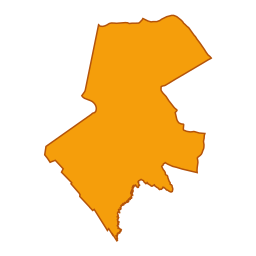 outline of Campana, Buenos Aires, Argentina
{"feature_id": "61730980B71548208163547", "entity_name": "Campana", "entity_type": "district", "adm_level": 2, "iso_a3": "ARG", "parent_name": "Argentina", "parent_adm1": "Buenos Aires", "projection": "equal_earth", "projection_center": [-58.853, -34.162], "detail": "fine", "context": "isolated", "style": "filled", "palette": "amber", "viewbox_px": 256, "rotation_deg": 0, "n_neighbors": 0, "source": "geoboundaries", "source_scale": "gbopen_adm2", "svg_char_len": 5831}
<svg xmlns="http://www.w3.org/2000/svg" viewBox="0 0 256 256"><path d="M142.9,18.5L142.0,20.0L141.7,20.4L141.1,20.9L139.6,22.5L138.8,23.0L138.4,23.1L135.9,23.2L132.2,23.2L129.4,23.5L128.8,23.4L128.1,23.0L127.6,22.8L125.4,22.6L116.5,23.3L114.3,23.1L111.3,23.0L109.3,23.5L106.8,25.0L105.1,25.8L102.8,26.4L100.4,26.2L99.3,25.7L98.9,24.9L98.6,24.7L85.3,90.0L84.9,91.2L84.3,92.2L81.8,95.7L82.4,96.6L83.1,97.3L84.5,98.3L90.9,100.8L92.4,101.6L94.0,103.1L95.1,104.5L95.9,106.2L96.1,107.1L96.3,108.0L96.2,109.6L95.9,111.0L95.6,111.5L94.6,112.6L92.7,113.2L92.1,113.6L91.6,114.2L46.0,146.4L44.7,154.8L47.4,158.2L50.1,162.3L52.0,161.5L55.3,160.3L63.2,168.8L61.5,172.2L71.7,182.7L71.6,183.2L71.0,183.8L79.5,193.6L79.5,193.9L80.0,194.5L80.0,194.8L79.8,196.0L79.8,196.5L88.0,205.3L89.4,206.8L89.7,207.3L92.7,210.5L94.2,209.4L106.7,229.3L107.4,230.5L108.7,228.7L112.5,234.7L112.6,234.3L116.6,240.5L116.7,240.3L116.9,240.3L117.2,240.6L117.4,240.5L117.5,240.1L117.0,239.6L116.8,239.0L117.3,238.7L117.4,238.4L116.9,238.2L117.2,237.7L116.8,236.8L117.2,236.4L117.2,236.1L116.3,236.1L116.0,235.9L116.4,235.3L117.5,235.1L117.8,234.3L117.4,233.6L117.5,233.4L118.4,232.8L119.0,233.2L119.7,232.9L119.8,232.5L119.6,231.9L119.8,231.4L120.0,231.3L120.4,231.7L120.6,231.5L121.0,230.8L120.6,230.1L120.8,229.9L121.1,230.0L121.3,229.8L121.1,229.5L119.1,228.5L118.9,228.1L118.3,228.4L118.1,228.4L118.0,228.1L118.6,227.4L117.9,226.3L117.4,226.0L117.3,225.8L117.6,225.1L117.8,224.7L118.0,224.6L118.5,224.7L118.6,224.0L118.3,223.7L117.9,223.6L117.9,223.4L118.2,223.0L118.0,222.5L118.2,222.4L118.8,222.5L119.0,222.1L118.9,221.7L118.6,221.5L117.7,221.5L117.6,220.5L117.8,219.8L117.4,219.6L117.4,219.4L117.6,219.0L118.1,218.7L118.7,217.5L118.4,217.1L117.5,216.9L117.2,216.8L117.3,216.5L117.5,216.2L118.1,216.1L118.2,215.8L117.9,214.6L117.5,213.8L117.7,212.3L117.9,212.1L118.1,212.0L118.9,212.2L119.6,212.6L119.7,212.2L118.7,211.2L118.8,210.5L118.5,209.7L118.7,209.4L118.9,209.4L119.4,210.0L119.5,210.0L119.9,209.4L120.3,209.5L120.6,209.4L120.9,208.4L120.4,208.2L120.1,207.8L120.3,207.5L120.9,207.2L121.2,206.5L121.2,206.1L121.0,205.6L121.2,205.4L121.9,205.5L122.4,205.3L122.4,205.0L122.2,204.6L122.3,204.5L122.7,204.6L123.2,204.9L123.3,204.9L123.4,204.5L122.9,203.7L123.0,203.5L123.5,203.6L123.7,204.5L123.8,204.6L124.2,203.9L124.1,203.3L124.5,202.9L124.6,203.0L124.9,203.1L124.8,202.8L125.0,202.5L125.6,202.8L126.0,202.7L126.2,202.4L126.4,202.5L127.3,202.3L127.4,202.0L127.2,201.7L126.7,201.4L126.8,201.1L127.3,201.0L127.7,200.6L127.9,200.8L127.9,201.2L128.2,201.4L128.4,201.7L128.6,201.5L128.6,201.3L128.5,200.5L128.8,200.2L128.4,200.0L128.2,199.9L128.2,199.7L128.6,199.1L128.8,199.0L129.0,199.3L129.8,199.5L130.0,199.5L130.2,199.4L130.2,199.1L130.0,198.6L130.0,198.4L130.4,198.7L130.5,198.6L130.6,198.1L131.1,198.3L131.5,198.2L131.7,197.9L131.6,197.1L131.1,197.1L131.0,196.8L131.4,196.5L131.5,195.7L131.6,195.4L132.1,194.9L132.6,195.1L132.6,194.7L132.2,194.2L131.6,194.7L131.4,194.6L131.3,193.8L131.1,193.7L130.8,193.4L131.1,192.9L130.8,192.3L130.8,192.1L131.0,192.0L131.4,192.0L131.6,192.5L131.5,193.2L132.2,193.1L132.4,192.9L132.6,192.4L132.5,192.2L131.9,192.1L131.8,191.9L132.1,191.6L132.9,191.4L133.2,191.0L133.2,190.9L133.0,190.6L132.2,190.9L131.6,190.6L132.2,189.0L132.5,188.9L132.9,189.1L133.0,189.0L133.0,188.3L132.3,187.6L132.4,187.4L133.1,187.5L133.4,187.4L133.3,187.0L132.8,186.3L132.9,186.0L133.2,186.0L133.7,186.4L133.9,186.5L134.0,186.3L133.6,185.8L133.7,185.4L134.0,185.4L134.4,185.9L134.9,185.9L135.1,185.6L135.2,185.2L135.6,185.0L136.5,186.4L137.1,187.1L137.8,187.5L138.2,187.4L138.4,187.3L138.5,185.9L139.5,185.5L139.6,185.3L139.6,185.1L139.2,184.8L138.6,184.0L138.7,182.8L138.6,182.5L138.0,182.1L138.1,181.7L138.8,180.7L139.7,180.6L140.4,179.6L141.2,179.5L141.4,179.5L141.7,179.9L142.1,180.0L143.5,180.7L144.0,181.9L145.8,183.6L146.1,183.2L146.5,183.4L146.9,183.3L147.2,182.6L147.7,183.2L147.8,183.7L147.9,183.8L148.6,184.1L149.2,184.6L150.0,185.0L151.3,186.1L152.1,186.2L153.0,185.6L153.5,185.5L154.0,185.0L154.3,184.9L154.3,185.1L154.1,185.5L154.5,185.5L155.0,186.0L156.0,186.7L156.6,187.2L158.0,188.0L158.7,188.6L158.9,189.1L159.7,189.6L160.5,189.2L161.5,189.3L162.3,188.3L162.8,188.1L162.8,187.3L163.0,187.2L163.5,187.4L163.9,187.4L164.6,188.0L165.5,188.8L166.5,190.0L167.5,190.1L169.2,191.3L170.5,191.9L171.2,192.0L171.5,191.7L172.3,191.5L172.8,189.3L172.7,188.2L172.2,187.0L172.1,185.9L172.0,185.6L171.4,184.8L170.5,184.5L170.2,184.2L170.1,182.6L169.8,182.1L169.3,181.5L168.9,180.5L167.9,177.7L167.6,176.2L167.0,175.4L166.1,175.0L165.6,174.5L165.4,174.1L165.4,173.2L165.0,172.1L164.3,170.9L163.3,169.7L161.8,166.8L161.7,166.4L161.8,166.2L163.0,165.2L163.4,163.9L163.7,163.6L164.6,163.4L165.2,162.6L167.4,164.0L172.7,166.4L176.5,167.3L182.0,169.0L197.2,172.6L197.0,170.7L197.2,167.6L197.9,162.6L197.8,160.8L197.3,158.2L197.4,157.8L198.1,157.0L200.2,155.4L201.4,154.1L202.0,152.9L203.1,149.8L203.5,149.1L203.8,147.9L203.9,147.0L204.0,144.8L203.6,142.3L203.5,141.2L204.1,138.3L204.3,135.4L204.9,133.5L199.2,133.0L194.4,131.6L193.8,131.5L191.8,131.8L190.2,131.9L188.3,131.6L186.6,131.3L183.7,130.1L183.4,129.6L183.3,129.0L183.6,125.9L183.7,124.8L183.6,124.4L183.4,124.2L181.2,123.9L179.1,123.0L178.4,122.3L177.4,120.8L176.8,119.4L175.2,112.5L176.7,110.9L177.0,110.3L176.8,109.8L174.9,108.3L173.8,107.1L168.8,100.7L166.1,96.5L163.1,93.3L161.5,91.1L161.1,90.2L161.0,89.3L161.1,87.4L161.2,86.7L161.5,86.4L162.9,85.9L164.6,85.6L165.5,85.2L175.7,79.0L178.5,77.4L208.4,59.7L211.1,58.3L211.3,58.1L209.9,56.5L207.9,54.8L205.8,51.8L204.4,49.5L199.9,43.0L197.0,39.2L195.4,36.6L194.3,35.5L192.6,33.2L188.7,27.7L186.9,26.3L185.0,24.4L183.6,23.2L182.6,21.6L181.0,20.0L177.0,16.8L176.0,16.3L173.7,15.4L171.6,15.4L166.7,16.7L161.8,19.1L159.8,20.5L156.9,21.6L153.0,21.6L151.1,21.9L148.0,21.0L142.9,18.5Z" fill="#f59e0b" stroke="#b45309" stroke-width="1.5"/></svg>